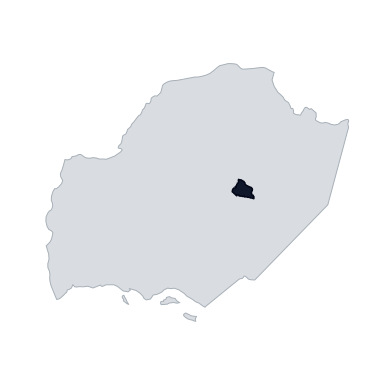 Iramba, Singida, United Republic of Tanzania (highlighted), rotated 105°
{"feature_id": "72390352B66961871173396", "entity_name": "Iramba", "entity_type": "district", "adm_level": 2, "iso_a3": "TZA", "parent_name": "United Republic of Tanzania", "parent_adm1": "Singida", "projection": "mercator", "projection_center": [34.32, -4.386], "detail": "fine", "context": "in_parent", "style": "filled", "palette": "ink", "viewbox_px": 384, "rotation_deg": 105, "n_neighbors": 0, "source": "geoboundaries", "source_scale": "gbopen_adm2", "svg_char_len": 7023}
<svg xmlns="http://www.w3.org/2000/svg" viewBox="0 0 384 384"><g transform="rotate(105 192 192)"><path d="M142.8,268.1L138.7,266.0L135.0,264.6L132.0,263.2L130.7,261.8L127.8,261.2L125.4,261.0L123.1,259.7L118.4,259.2L117.9,258.3L117.8,256.4L117.0,255.8L115.3,255.3L113.5,255.4L112.4,255.7L111.7,255.5L110.2,254.4L108.8,252.9L108.3,250.6L106.1,249.1L103.7,247.9L96.9,248.0L95.8,247.7L94.2,246.5L92.3,244.5L90.7,242.3L89.4,239.3L88.0,235.2L80.2,219.0L79.4,216.0L77.8,212.6L75.3,208.4L72.7,205.3L69.1,202.5L65.0,199.7L62.8,197.9L58.6,190.3L57.7,186.7L57.1,183.0L57.3,181.5L60.0,176.8L60.2,175.4L59.9,173.6L58.6,169.9L57.0,165.3L53.6,156.9L53.2,154.8L53.2,153.2L55.2,144.8L55.1,143.6L63.0,143.7L68.7,140.0L73.7,134.5L74.7,132.2L76.7,128.6L78.7,126.8L79.5,125.6L80.6,122.1L83.2,119.7L85.8,117.8L85.3,116.5L85.6,116.0L87.0,115.1L89.7,114.2L90.2,112.4L90.2,110.3L89.8,109.1L89.9,107.7L89.5,107.0L87.7,106.8L85.1,105.7L82.9,105.3L81.4,104.7L80.8,104.2L80.6,103.0L81.8,99.7L80.6,98.4L83.3,93.0L83.8,92.4L84.8,92.3L86.4,91.7L87.8,91.5L89.0,91.7L89.9,91.5L90.7,90.9L91.3,89.0L91.9,86.0L91.6,83.5L90.4,81.6L90.1,78.7L90.7,74.8L90.3,71.5L89.0,68.9L87.7,67.4L85.8,66.6L82.7,62.7L81.7,60.7L81.9,59.5L83.0,59.0L84.9,59.2L86.8,58.8L88.5,57.7L90.2,57.4L91.1,57.5L169.2,57.5L260.6,108.5L260.9,109.1L261.7,113.5L261.5,115.0L260.1,117.5L259.7,118.9L259.7,119.8L260.0,120.1L261.2,120.3L262.2,120.9L262.6,121.3L263.4,123.2L264.4,124.2L299.1,149.3L299.9,149.6L299.4,151.7L297.4,156.9L297.3,159.0L296.6,161.5L295.8,163.1L293.8,170.3L292.1,173.0L289.9,179.3L289.5,184.1L290.8,187.5L291.2,190.7L293.9,193.8L296.0,194.9L297.5,196.3L300.1,199.6L301.5,202.8L306.1,204.4L308.0,208.1L307.3,210.6L305.2,212.7L303.2,216.0L301.6,220.5L301.5,227.3L302.6,226.2L305.0,227.9L305.4,232.9L302.8,238.7L302.1,241.5L301.9,243.8L303.8,250.8L306.5,254.3L306.3,255.4L305.6,256.4L310.3,262.7L310.0,268.2L311.7,272.4L312.5,276.1L313.7,279.0L313.9,280.9L312.4,283.1L315.9,283.6L317.9,285.4L318.9,287.1L321.4,287.1L322.7,288.2L324.7,289.2L329.0,292.0L330.1,293.5L330.8,294.9L319.0,303.9L314.7,306.2L311.7,307.3L308.4,307.9L305.3,309.3L302.4,311.6L298.6,312.7L294.0,312.7L289.2,314.3L281.7,318.9L277.3,316.3L273.8,315.5L269.9,315.6L267.4,315.9L266.6,316.5L265.8,318.1L265.2,320.7L262.6,323.2L258.0,325.6L253.8,326.5L249.9,325.9L247.3,324.9L246.0,323.5L244.0,322.9L241.3,323.0L238.8,324.0L236.4,325.8L232.5,326.6L227.2,326.4L224.3,325.5L224.0,323.9L221.6,322.1L217.4,320.0L214.2,319.9L212.2,322.0L210.4,323.2L208.7,323.8L207.2,323.8L205.1,323.3L199.2,323.1L193.6,323.1L193.1,320.2L191.9,318.4L190.9,317.4L189.0,317.1L188.5,316.3L187.8,314.5L186.9,312.9L185.6,311.7L184.9,310.5L184.6,309.4L184.8,308.2L186.0,305.2L186.4,303.2L186.2,301.1L185.6,298.9L184.3,296.4L184.4,295.7L184.0,293.9L183.9,292.7L184.2,291.2L183.9,289.2L182.8,284.9L182.8,283.9L181.6,281.8L177.9,276.9L177.7,276.3L171.9,271.4L169.6,270.3L168.8,271.2L168.5,272.1L168.7,273.7L168.6,274.4L168.3,274.8L167.0,274.7L166.1,274.6L163.9,273.2L162.2,272.9L158.0,273.2L156.5,273.5L155.3,273.2L153.0,270.9L150.4,270.5L148.1,270.3L144.2,267.8L142.8,268.1ZM306.7,186.8L308.6,192.1L308.4,193.1L307.1,193.7L306.3,193.8L305.5,192.9L304.9,191.1L303.9,191.5L302.2,189.4L300.4,189.3L298.9,186.7L299.5,184.5L299.2,180.7L301.0,178.7L302.1,175.4L303.3,177.7L303.5,181.2L305.2,185.3L306.7,186.8ZM315.9,155.0L316.1,156.3L315.7,157.4L315.8,161.2L315.6,163.7L314.2,167.2L313.0,168.4L312.0,168.1L311.1,167.5L310.5,166.6L311.8,160.2L311.1,155.5L313.8,156.0L315.9,155.0ZM312.1,232.0L310.7,232.4L310.2,232.1L309.4,231.0L310.8,230.1L312.2,228.4L315.5,225.8L317.0,223.8L316.7,225.8L314.9,230.1L313.3,230.4L312.1,232.0Z" fill="#d9dde1" stroke="#a8b0b8" stroke-width="1"/><path d="M174.1,134.3L173.7,134.4L173.4,134.5L173.2,134.7L172.7,135.3L172.3,136.0L172.3,136.4L172.3,136.5L172.3,136.8L172.2,137.0L172.2,137.3L172.1,137.7L172.1,138.2L172.1,138.4L172.0,138.6L172.0,138.9L172.0,139.1L171.8,139.4L171.8,139.7L171.7,139.9L171.7,140.1L171.7,140.5L171.6,140.9L171.5,141.1L171.3,141.4L171.3,141.5L171.1,142.1L170.8,142.6L170.6,142.7L170.4,142.9L170.2,143.0L169.8,143.1L169.7,143.1L169.6,143.3L169.4,143.4L169.2,143.6L169.0,143.9L168.9,144.0L168.7,144.2L168.6,144.5L168.4,144.7L168.4,144.8L168.3,145.1L168.2,145.3L168.2,145.5L168.2,145.8L168.1,146.1L168.1,146.3L168.0,146.5L168.0,146.8L167.9,146.8L167.8,147.0L167.7,147.1L167.7,147.3L167.6,147.6L167.6,147.8L167.8,148.2L167.8,148.5L167.7,148.7L167.8,149.0L167.8,149.8L167.8,150.1L168.0,150.2L168.0,150.3L168.3,150.3L168.5,150.3L168.8,150.2L169.3,150.1L169.5,150.0L169.7,149.9L169.9,149.8L170.2,149.7L170.4,149.7L170.6,149.6L171.0,149.5L171.5,150.0L171.7,150.3L171.8,150.2L172.0,150.2L172.3,150.2L172.4,150.3L172.5,150.3L172.8,150.5L173.0,150.6L173.3,150.6L173.5,150.7L173.8,150.7L174.1,150.7L174.3,150.6L174.5,150.7L174.5,150.8L174.8,151.0L174.8,150.9L174.8,151.0L174.7,151.0L174.8,151.0L175.0,151.1L175.2,150.9L175.3,151.0L175.3,150.9L175.5,150.9L175.6,150.7L175.9,150.7L176.0,150.6L176.3,150.9L176.5,150.9L176.8,150.9L176.9,151.0L177.0,150.9L177.1,151.0L177.0,151.6L177.1,152.0L177.3,152.6L177.6,152.7L177.7,152.8L178.0,152.9L178.1,153.0L178.3,153.0L178.5,153.2L178.9,153.2L178.9,153.3L179.1,153.3L179.7,153.4L179.9,153.4L180.2,153.4L180.4,153.3L180.8,153.3L181.0,153.3L181.2,153.2L181.6,152.9L181.6,152.6L181.7,152.3L181.8,152.1L182.0,151.7L182.1,151.3L182.4,151.2L182.5,151.1L182.6,150.9L182.7,150.6L182.9,150.2L182.9,149.9L183.1,149.7L183.3,149.4L183.5,149.1L183.4,148.9L183.5,148.9L183.8,148.5L183.8,148.3L183.9,148.2L184.0,147.9L183.9,147.9L183.5,147.8L183.4,147.7L183.2,147.2L182.9,147.0L182.8,146.8L182.7,146.7L182.5,146.3L182.5,146.1L182.7,145.9L182.8,145.7L183.0,145.6L183.3,145.7L183.4,145.4L183.5,145.4L183.5,145.2L183.6,144.9L183.5,144.6L183.5,144.4L183.4,144.4L183.4,144.2L183.3,143.9L183.2,143.7L183.1,143.4L183.2,143.2L183.2,142.9L183.2,142.7L183.3,142.3L183.3,142.2L183.2,142.1L183.1,141.9L183.0,141.7L183.0,141.4L183.0,141.2L183.0,140.9L182.9,140.8L182.9,140.7L183.0,140.3L183.0,140.2L182.9,140.2L183.0,140.1L182.9,140.0L182.9,139.8L182.9,139.7L182.9,139.4L182.8,139.2L182.7,138.9L182.8,138.7L182.7,138.6L182.6,138.4L182.6,138.2L182.6,137.9L182.6,137.7L182.7,137.4L182.7,137.2L182.7,136.8L182.7,136.7L182.6,136.4L182.5,136.2L182.4,135.9L182.4,135.7L182.4,135.1L182.4,134.9L182.5,134.6L182.6,134.2L182.6,133.7L182.4,133.4L182.3,133.2L182.4,132.8L182.3,132.5L182.3,132.3L182.3,132.2L182.4,131.8L182.4,131.7L182.4,131.4L182.5,131.3L182.5,131.1L182.4,131.0L182.4,130.9L182.5,130.8L182.5,130.7L182.4,130.6L182.2,130.6L181.9,130.6L181.7,130.6L181.4,130.8L181.2,130.9L181.1,131.0L181.0,130.9L180.9,130.9L180.9,131.0L180.5,131.1L180.4,131.3L180.3,131.5L180.2,131.5L179.9,131.7L179.7,131.8L179.6,132.0L179.3,132.2L179.3,132.3L179.3,132.5L179.5,133.2L179.5,133.3L179.4,133.3L178.9,133.5L178.7,133.6L178.3,133.8L178.2,133.9L178.1,134.1L177.9,134.2L177.7,134.4L177.2,134.4L176.9,134.5L176.6,134.4L176.1,134.4L175.8,134.4L175.6,134.3L175.3,134.3L175.1,134.2L174.8,134.3L174.7,134.3L174.7,134.2L174.3,134.2L174.1,134.3L174.1,134.3Z" fill="#0f172a" stroke="#020617" stroke-width="1.5"/></g></svg>